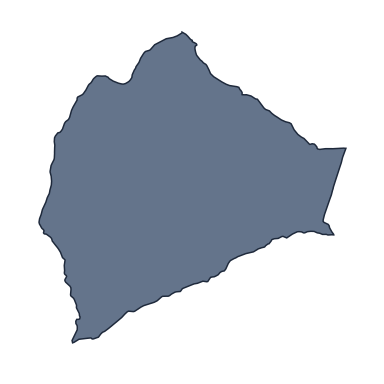 Cevallos, Tungurahua, Ecuador (Robinson projection), rotated 184°
{"feature_id": "8360857B65795256666582", "entity_name": "Cevallos", "entity_type": "district", "adm_level": 2, "iso_a3": "ECU", "parent_name": "Ecuador", "parent_adm1": "Tungurahua", "projection": "robinson", "projection_center": [-78.612, -1.35], "detail": "fine", "context": "isolated", "style": "filled", "palette": "slate", "viewbox_px": 384, "rotation_deg": 184, "n_neighbors": 0, "source": "geoboundaries", "source_scale": "gbopen_adm2", "svg_char_len": 4377}
<svg xmlns="http://www.w3.org/2000/svg" viewBox="0 0 384 384"><g transform="rotate(184 192 192)"><path d="M47.6,159.1L47.7,159.6L49.8,162.1L51.1,164.1L52.2,165.8L52.9,168.0L53.9,169.2L58.0,170.8L59.1,171.7L59.2,173.2L58.9,175.1L58.3,178.6L53.9,194.9L52.8,198.7L51.9,203.6L51.6,204.7L51.4,205.8L51.3,206.8L49.6,213.8L46.5,226.2L45.1,231.7L44.2,237.0L41.5,246.3L43.9,246.3L47.3,245.9L54.5,245.0L60.6,244.6L61.9,244.5L67.5,243.4L69.3,243.6L70.2,244.2L70.5,245.5L72.0,247.2L73.3,248.3L75.5,248.5L77.7,247.7L78.3,248.0L81.9,251.3L84.0,253.2L86.7,254.4L90.4,256.8L94.5,261.2L97.9,267.0L99.7,267.9L103.6,268.6L107.8,270.1L112.9,273.0L113.9,273.5L115.0,274.1L117.6,275.8L118.8,276.8L120.4,278.3L124.4,279.5L126.2,280.9L133.2,289.1L135.1,289.3L139.8,291.9L144.3,292.8L146.9,292.6L148.8,292.6L149.0,294.9L149.9,296.1L150.5,296.9L151.2,297.4L151.9,298.5L152.6,299.7L154.7,300.2L161.9,300.8L165.5,301.9L169.9,303.9L178.4,308.5L181.8,311.4L183.5,314.8L186.1,319.2L187.1,320.3L188.1,320.8L189.8,321.7L190.2,322.2L191.2,323.2L193.0,324.4L196.9,328.7L197.1,329.1L198.1,331.6L198.6,333.4L199.0,334.8L199.1,335.7L199.1,336.5L199.0,337.3L198.9,337.6L198.7,338.0L198.0,338.4L197.5,338.8L197.5,339.2L197.6,339.5L198.0,340.1L199.7,341.0L200.1,341.2L200.4,341.2L202.3,342.1L202.3,342.4L202.3,342.9L202.3,343.2L202.4,343.3L202.5,343.4L202.8,343.6L203.1,343.6L203.3,343.7L203.5,343.7L204.6,344.6L207.1,347.1L209.2,348.9L209.4,349.0L213.1,350.8L213.1,350.0L216.1,347.8L217.7,346.7L221.8,344.8L228.4,343.1L239.5,336.3L243.0,331.7L244.1,330.5L248.3,328.9L249.7,327.2L252.6,321.8L253.9,317.6L256.6,313.1L256.9,311.6L258.1,309.5L259.8,304.8L260.0,301.9L261.4,299.4L262.6,297.9L263.9,296.9L266.0,295.5L268.2,294.8L269.9,294.9L272.9,295.4L278.3,297.1L282.5,299.3L283.7,300.6L286.6,301.7L289.9,301.3L294.2,301.3L294.8,301.2L295.4,300.8L296.2,300.1L297.4,298.9L298.1,298.1L298.7,297.1L299.4,295.6L299.7,295.1L300.2,294.2L300.8,293.5L302.0,292.4L302.5,291.7L302.9,291.0L304.9,286.4L307.3,282.4L308.4,281.3L312.6,278.8L313.1,277.8L313.1,275.5L313.5,274.8L316.5,268.6L317.9,264.9L319.3,257.9L320.3,255.7L323.0,253.3L324.0,251.5L325.6,245.7L326.7,243.8L327.9,242.3L330.0,241.6L332.2,238.3L332.9,236.5L332.9,232.6L332.1,229.0L332.1,226.8L331.9,221.8L331.8,221.0L331.7,216.3L331.9,214.7L333.3,211.4L333.4,211.2L334.4,208.6L335.0,202.9L334.9,201.8L333.6,198.0L332.8,193.0L332.8,189.2L333.8,184.2L334.2,180.6L336.0,176.2L337.1,171.6L338.1,169.0L340.0,164.0L340.9,159.1L342.2,154.7L342.5,151.2L342.0,149.5L340.5,147.3L339.7,145.9L338.9,145.0L338.1,144.5L337.3,143.7L337.0,143.2L337.0,142.4L337.3,141.1L337.2,140.7L336.4,139.9L335.6,139.9L334.2,139.7L330.1,137.1L329.4,136.4L328.8,135.7L327.9,133.2L326.8,132.1L325.7,130.8L323.4,128.3L322.2,127.0L321.2,125.8L319.0,122.7L316.6,117.5L314.1,115.6L313.9,115.0L314.3,109.8L313.6,104.7L313.7,102.5L313.5,101.6L312.9,100.8L312.1,100.3L311.6,99.9L311.2,99.1L311.6,97.9L312.6,95.9L312.6,94.6L311.7,93.2L307.1,89.5L306.2,88.1L305.9,86.3L306.0,81.0L305.7,80.0L302.7,77.7L301.8,76.3L299.3,71.1L299.2,68.4L296.0,63.0L295.6,60.6L294.9,59.5L295.2,57.6L296.1,57.1L298.1,56.9L298.9,55.0L298.6,52.6L297.3,50.8L297.0,49.2L296.9,46.5L301.3,35.5L300.6,33.2L299.2,33.8L294.5,37.2L286.1,38.8L282.7,39.4L281.3,38.4L280.0,38.6L275.2,40.7L273.1,44.0L271.5,45.8L269.4,46.9L265.7,50.1L261.4,54.2L261.3,54.3L256.8,58.6L253.4,61.9L252.1,63.5L250.6,65.4L248.2,68.0L247.0,68.7L242.1,68.6L240.9,69.0L235.1,73.5L232.2,75.3L221.9,79.4L220.6,80.2L220.3,80.4L220.2,80.4L220.1,80.5L219.1,81.1L214.9,85.4L214.0,85.9L210.1,86.3L209.9,86.3L208.5,86.4L207.2,87.0L205.4,88.7L202.0,90.9L200.4,91.4L197.7,91.8L196.9,91.9L196.3,92.5L195.0,94.7L194.2,95.3L183.5,100.5L180.2,101.3L174.9,103.8L171.0,103.5L170.0,103.8L168.1,107.2L167.4,108.2L166.1,108.6L163.9,109.0L162.4,109.8L160.1,111.3L158.4,113.7L156.8,114.8L154.2,115.6L152.9,117.6L150.8,123.3L149.5,125.5L148.7,126.4L145.3,128.6L144.0,129.2L142.9,129.9L141.9,130.7L140.7,131.2L134.0,134.3L126.5,136.6L121.9,139.9L118.1,141.5L117.8,141.5L116.0,142.1L115.4,142.6L114.9,143.5L112.7,145.4L111.6,145.7L109.7,148.5L109.0,150.1L106.7,151.1L102.8,151.7L99.2,153.9L98.1,154.1L94.3,152.8L88.8,157.1L84.7,159.4L84.4,159.6L83.3,159.8L83.2,159.8L82.7,159.9L80.0,159.9L77.9,159.0L76.7,159.1L74.1,160.5L70.6,161.1L67.4,161.2L64.2,160.0L61.8,159.8L58.8,158.8L55.1,159.1L53.4,158.6L49.4,159.1L48.7,159.1L47.6,159.1Z" fill="#64748b" stroke="#1e293b" stroke-width="1.5"/></g></svg>